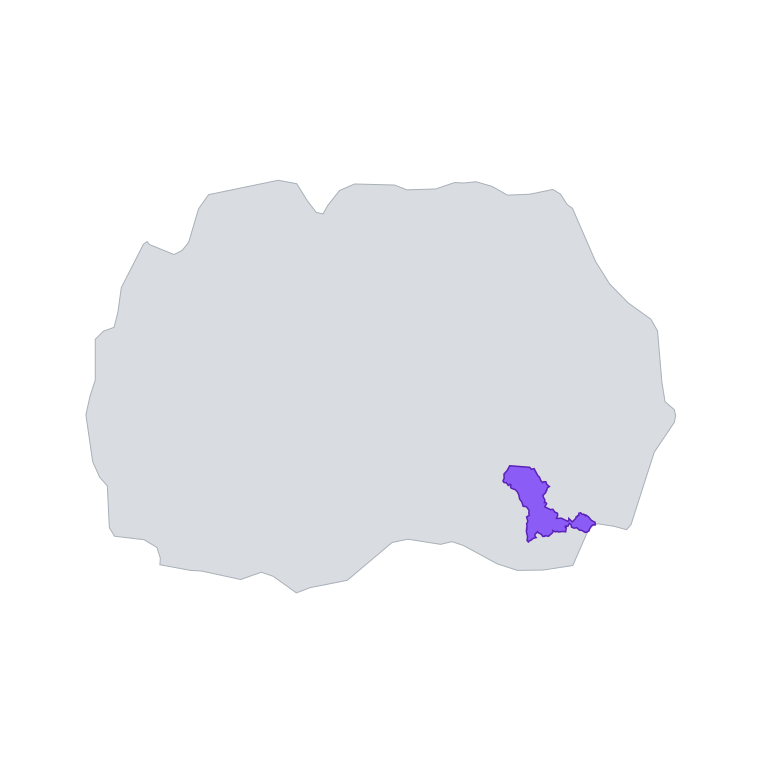 location of Valandovo, Valandovo, North Macedonia, rotated 14°
{"feature_id": "65306769B91068225618475", "entity_name": "Valandovo", "entity_type": "district", "adm_level": 2, "iso_a3": "MKD", "parent_name": "North Macedonia", "parent_adm1": "Valandovo", "projection": "mercator", "projection_center": [22.574, 41.338], "detail": "fine", "context": "in_parent", "style": "filled", "palette": "violet", "viewbox_px": 768, "rotation_deg": 14, "n_neighbors": 0, "source": "geoboundaries", "source_scale": "gbopen_adm2", "svg_char_len": 2798}
<svg xmlns="http://www.w3.org/2000/svg" viewBox="0 0 768 768"><g transform="rotate(14 384 384)"><path d="M346.5,188.5L359.2,190.1L386.8,182.3L403.9,171.4L412.7,169.7L424.3,165.5L441.0,166.1L458.0,170.9L479.5,164.6L500.7,154.4L509.2,157.0L518.4,165.6L524.4,168.0L559.5,213.8L578.7,232.3L601.4,246.3L627.3,256.6L636.6,266.4L653.1,314.8L661.0,333.2L671.9,338.7L674.6,344.0L675.0,350.9L662.7,384.9L657.7,460.7L654.6,466.7L641.7,466.4L624.5,468.0L618.0,473.8L611.1,514.4L583.5,526.0L558.5,532.6L537.3,531.1L500.2,521.5L488.1,520.5L477.7,525.9L444.6,528.8L430.1,535.9L395.9,583.3L361.3,599.6L349.5,607.9L323.1,597.4L310.5,596.3L292.2,608.4L252.1,609.6L241.2,611.7L210.3,613.6L209.1,607.1L203.3,597.6L188.9,593.1L159.5,596.9L152.3,590.0L140.2,549.8L130.7,543.3L120.1,529.8L102.2,486.0L101.7,466.7L102.9,450.0L93.0,410.5L99.1,400.5L108.4,394.3L108.4,378.3L105.8,354.1L116.8,306.5L119.7,303.1L122.5,305.4L149.0,309.2L155.9,303.1L160.2,293.7L161.7,258.8L168.0,242.7L232.1,211.9L250.9,210.8L265.4,224.9L276.8,233.9L283.7,233.7L286.2,224.5L294.0,207.0L307.2,197.0L346.1,188.4L346.5,188.5Z" fill="#d9dde1" stroke="#a8b0b8" stroke-width="1"/><path d="M529.9,451.8L530.1,451.0L531.1,450.8L531.7,451.4L531.6,453.2L532.6,454.3L537.1,454.8L539.7,456.6L541.7,459.1L543.4,462.8L546.3,465.2L548.6,469.0L551.9,468.6L555.4,471.6L555.7,474.4L556.8,476.1L554.5,478.5L556.8,482.4L556.2,485.2L557.3,487.5L557.2,489.5L558.0,490.4L557.5,491.1L557.8,492.6L560.2,497.3L560.7,501.3L562.9,502.8L562.1,502.1L562.4,501.4L564.2,500.3L566.1,497.7L568.8,496.2L567.5,495.3L566.8,493.5L568.7,490.2L569.2,490.9L573.0,491.8L574.9,493.5L576.8,492.9L577.1,492.2L580.5,491.9L583.4,487.7L583.9,486.1L583.5,485.4L586.1,486.1L587.9,484.8L589.0,485.5L592.9,483.9L596.0,483.5L595.7,479.8L595.3,478.8L594.7,479.2L594.2,478.6L595.2,477.4L596.8,477.6L597.6,474.4L599.8,475.5L600.5,477.5L603.5,477.9L605.6,476.8L609.2,478.6L611.2,478.1L614.9,479.3L616.4,478.9L618.5,476.8L618.4,475.5L618.7,474.4L618.9,474.0L619.4,472.4L619.6,471.8L619.7,471.5L620.0,471.1L620.7,470.3L620.9,470.0L622.9,469.6L623.7,469.6L622.9,469.3L622.2,467.1L618.3,466.2L614.5,463.4L611.6,462.3L611.4,463.1L609.3,462.0L607.9,462.6L606.0,461.4L604.4,462.2L604.7,464.4L603.6,464.9L603.6,465.9L602.5,466.5L602.6,468.0L600.1,472.2L595.9,469.8L596.2,471.0L595.7,472.8L588.5,471.3L583.9,472.7L584.3,469.7L583.9,468.0L582.9,467.1L581.0,467.1L578.1,464.7L576.0,465.6L569.6,464.2L570.8,460.8L569.5,459.7L568.4,460.2L568.1,457.6L565.0,454.1L567.3,449.9L567.0,448.5L567.6,448.1L567.6,445.3L569.3,443.5L566.2,442.0L564.7,439.7L562.7,440.1L561.7,441.3L559.6,439.8L557.3,436.7L555.4,435.7L550.1,429.8L547.6,431.1L545.5,429.6L525.8,432.9L524.4,438.2L522.2,442.3L523.4,446.5L522.9,449.4L524.4,450.6L526.7,450.2L529.1,452.4L529.9,451.8Z" fill="#8b5cf6" stroke="#5b21b6" stroke-width="1.5"/></g></svg>